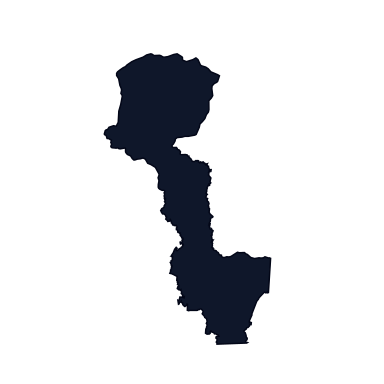 Pak Phli, Nakhon Nayok, Thailand (Mercator projection), rotated 302°
{"feature_id": "78962969B43215001089078", "entity_name": "Pak Phli", "entity_type": "district", "adm_level": 2, "iso_a3": "THA", "parent_name": "Thailand", "parent_adm1": "Nakhon Nayok", "projection": "mercator", "projection_center": [101.301, 14.217], "detail": "fine", "context": "isolated", "style": "filled", "palette": "ink", "viewbox_px": 384, "rotation_deg": 302, "n_neighbors": 0, "source": "geoboundaries", "source_scale": "gbopen_adm2", "svg_char_len": 6054}
<svg xmlns="http://www.w3.org/2000/svg" viewBox="0 0 384 384"><g transform="rotate(302 192 192)"><path d="M147.2,310.1L177.4,293.8L177.1,292.4L176.6,291.9L175.7,288.2L174.0,287.4L172.6,285.6L171.7,283.7L168.7,280.3L167.6,276.5L168.4,272.0L168.1,271.0L168.4,268.5L165.6,264.4L165.0,262.5L158.0,259.2L156.5,257.8L155.5,255.8L153.6,254.2L152.8,252.6L153.1,251.1L154.0,250.5L153.9,249.8L153.4,249.2L153.3,248.3L154.5,246.4L154.5,244.3L155.0,243.6L154.3,241.1L154.7,240.4L155.2,240.4L155.0,239.5L155.7,239.4L155.5,238.1L157.1,237.9L158.7,236.7L159.4,236.7L159.9,235.8L159.7,234.9L160.6,234.9L161.0,235.5L162.1,235.4L161.5,235.0L161.4,234.5L162.6,234.3L162.8,233.6L164.5,232.4L165.1,231.4L166.0,231.9L166.6,231.3L167.1,231.4L167.8,230.4L169.2,230.7L170.4,230.3L170.4,228.9L171.1,228.1L170.4,228.0L170.3,226.8L171.2,226.3L171.5,225.1L172.8,225.0L172.8,223.7L173.5,223.6L173.8,224.3L174.5,224.4L174.8,224.2L174.4,223.4L174.7,223.1L176.7,223.1L179.5,221.7L181.6,222.9L182.3,222.7L182.9,219.1L183.8,217.3L187.1,215.7L187.3,214.4L188.1,214.3L189.0,213.1L191.1,212.6L192.3,211.2L192.3,210.1L193.5,209.0L194.7,208.7L194.5,207.5L194.9,206.2L196.1,206.3L196.9,205.9L198.1,206.2L198.4,204.4L200.0,204.3L200.9,203.9L201.3,203.3L202.9,203.1L203.7,202.4L205.1,202.5L205.9,202.0L206.4,202.3L206.7,203.2L207.2,203.3L207.3,202.3L207.7,202.0L208.7,202.9L209.7,203.1L210.4,201.7L213.9,200.6L215.1,197.0L216.3,196.8L217.2,195.7L217.6,195.6L218.5,196.5L220.0,196.2L219.9,196.9L221.1,196.4L220.5,195.5L219.5,195.3L220.6,194.7L221.0,193.2L221.9,193.0L222.0,192.3L222.5,192.2L222.3,191.5L223.1,190.5L222.6,189.6L223.9,189.8L222.9,188.8L223.2,187.6L222.7,187.4L223.5,185.7L222.9,185.0L222.3,185.1L222.0,183.3L221.5,183.7L220.8,183.0L221.1,182.6L220.8,181.7L221.9,181.0L221.8,180.3L220.7,179.3L220.8,178.7L219.2,178.0L218.1,176.1L219.6,173.3L219.8,171.2L220.8,170.4L220.2,169.3L220.9,168.3L220.3,166.6L218.0,163.2L217.8,162.2L218.1,161.6L220.0,160.9L220.8,159.0L220.4,156.7L221.1,156.4L221.5,155.1L219.7,152.4L219.7,151.5L220.2,150.9L221.2,150.3L222.9,150.8L226.3,150.6L228.1,149.8L230.3,150.6L233.3,154.5L235.5,156.5L237.2,159.3L241.8,164.3L243.0,165.0L250.6,163.9L253.8,162.7L257.2,163.5L261.1,164.0L265.2,163.2L268.5,163.5L270.8,162.7L278.3,157.9L281.9,158.6L284.7,158.5L290.2,154.0L292.7,152.8L295.8,153.4L298.1,154.8L299.4,155.1L305.1,153.7L305.1,151.7L303.9,144.3L305.1,140.4L305.2,137.5L304.1,133.3L304.1,131.9L307.4,127.0L307.8,124.6L307.7,124.2L304.7,122.6L299.6,118.2L298.9,114.5L299.1,113.9L301.0,112.6L301.3,111.9L301.3,106.2L299.0,103.7L294.0,99.8L291.7,97.1L291.1,95.8L291.1,93.4L290.7,92.0L287.6,87.5L287.7,84.9L287.3,83.8L284.2,80.9L280.5,79.1L274.6,74.5L270.6,71.9L265.4,69.6L263.0,69.1L261.0,67.8L257.0,66.1L254.4,65.2L252.7,65.2L250.8,66.4L249.2,69.8L244.3,74.3L242.2,77.3L240.9,78.4L237.9,79.5L236.9,81.6L236.1,82.2L228.4,85.2L221.8,87.1L212.0,92.5L207.6,92.9L206.6,90.3L202.9,87.3L200.4,87.3L199.1,86.2L198.1,85.9L194.7,86.9L194.3,87.6L194.5,89.2L192.4,91.6L193.3,93.6L193.1,95.0L193.3,96.2L191.0,96.9L190.0,98.5L187.8,98.9L187.1,99.9L187.2,100.8L189.0,104.4L190.1,105.7L190.0,106.9L190.5,108.2L193.8,111.9L193.6,112.6L190.8,114.4L190.2,115.4L189.6,117.3L190.1,120.8L188.7,123.6L188.3,125.7L188.8,126.5L191.0,128.3L192.7,130.5L194.8,132.4L195.1,133.9L195.0,135.3L192.9,139.2L193.5,142.7L193.5,147.9L190.0,154.1L189.2,155.0L186.1,155.7L184.1,158.0L180.6,159.4L178.2,160.8L177.5,161.8L177.3,163.2L177.6,165.8L178.5,167.3L178.3,168.4L177.5,168.9L176.4,168.8L176.1,169.6L174.7,170.4L173.9,170.4L173.0,171.5L172.0,171.8L171.8,172.2L172.3,172.7L172.1,173.2L171.1,173.0L170.9,173.6L170.3,173.6L169.7,174.4L169.2,174.0L168.4,175.7L165.6,175.7L164.1,176.4L161.9,175.2L160.7,175.2L160.2,175.9L159.7,175.4L158.9,176.4L157.8,178.6L158.6,180.1L158.3,181.7L157.1,183.2L157.2,183.7L155.1,184.1L154.8,186.0L154.2,187.1L155.6,188.6L157.1,188.2L156.5,189.6L154.8,191.0L155.0,191.6L153.9,193.0L154.3,193.3L154.1,194.4L154.4,194.6L154.4,195.6L155.4,196.1L154.6,197.8L154.2,198.1L153.3,197.8L151.8,198.7L152.0,199.6L151.3,200.7L150.8,200.9L150.9,201.4L150.3,201.6L150.9,203.8L150.1,203.9L149.8,204.9L148.9,205.0L148.5,206.8L147.7,207.5L147.6,208.1L148.0,208.5L147.4,209.5L145.8,209.0L145.4,210.0L144.0,210.1L143.4,208.5L143.0,208.6L141.8,209.8L142.9,210.6L143.1,212.0L142.7,212.0L142.8,212.5L142.5,212.7L141.9,212.3L140.5,213.0L139.7,212.2L138.9,212.3L137.5,211.7L137.4,211.4L134.3,210.5L134.1,209.7L134.6,209.1L136.4,209.2L136.7,207.9L134.2,207.6L130.5,208.3L127.2,208.2L127.0,209.5L126.6,209.5L126.4,209.2L126.4,210.0L123.4,211.4L123.0,211.4L122.6,210.8L121.5,211.4L120.8,210.9L119.6,212.8L119.0,213.0L118.9,214.2L118.1,214.2L118.1,214.6L116.5,214.7L116.0,215.3L114.4,215.2L114.3,215.7L111.3,216.3L112.0,218.3L112.5,224.1L109.0,225.9L109.0,226.8L108.1,227.1L108.2,227.5L107.6,227.7L107.8,228.2L105.8,228.8L105.9,230.3L104.6,231.0L104.1,230.2L102.3,230.7L102.1,232.8L102.8,232.8L102.6,234.3L103.3,234.4L101.6,236.2L100.2,236.7L99.9,238.6L98.6,239.1L99.4,240.9L98.1,241.5L96.6,237.4L93.5,238.4L93.0,238.0L92.8,237.3L89.7,240.0L90.4,240.4L91.7,239.6L92.6,240.7L93.7,240.7L92.6,241.8L93.1,242.7L91.6,243.9L91.0,246.4L91.3,246.8L91.8,246.7L92.7,247.4L94.3,247.1L94.4,247.7L89.2,250.7L89.6,252.2L90.3,252.7L94.2,258.9L94.7,259.4L95.6,259.5L95.9,260.3L97.6,261.3L97.5,262.7L96.6,264.9L94.1,265.2L93.2,268.3L92.4,269.3L92.3,271.3L90.4,273.4L88.1,273.8L87.4,275.4L85.0,275.9L84.1,276.6L83.2,276.3L79.4,278.3L79.4,280.0L80.7,281.9L81.7,282.3L83.4,281.4L84.2,281.7L83.7,283.0L84.3,284.9L83.6,286.2L84.3,287.4L84.3,288.5L84.8,289.8L83.9,291.2L82.9,289.7L81.7,289.2L80.7,289.9L80.7,291.1L79.1,292.0L77.6,292.1L77.5,292.9L76.2,293.8L92.9,318.4L93.7,318.8L93.2,317.3L94.0,316.4L95.9,316.9L97.3,316.3L97.8,314.8L99.1,313.8L100.8,311.8L101.1,310.1L101.6,309.5L104.5,310.6L105.9,310.3L106.9,311.3L108.9,311.7L109.9,311.2L110.8,312.4L112.7,311.5L112.5,310.3L111.7,309.9L113.1,308.9L119.6,308.0L120.1,307.4L133.6,304.8L136.3,305.1L137.9,304.9L145.3,306.4L145.6,306.8L145.5,307.8L146.5,309.1L147.1,308.8L147.6,309.6L146.9,309.8L147.2,310.1Z" fill="#0f172a" stroke="#020617" stroke-width="1.5"/></g></svg>